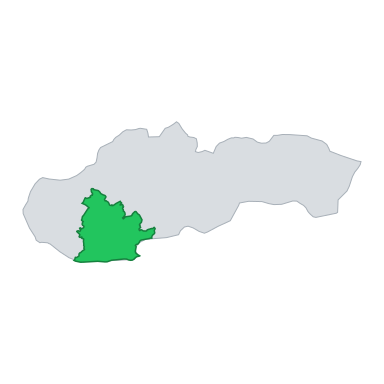 where Nitriansky sits in Slovakia
{"feature_id": "SVK-1054", "entity_name": "Nitriansky", "entity_type": "Region", "adm_level": 1, "iso_a3": "SVK", "parent_name": "Slovakia", "parent_adm1": "", "projection": "natural_earth1", "projection_center": [18.337, 48.233], "detail": "fine", "context": "in_parent", "style": "filled", "palette": "green", "viewbox_px": 384, "rotation_deg": 0, "n_neighbors": 0, "source": "natural_earth", "source_scale": "10m", "svg_char_len": 6701}
<svg xmlns="http://www.w3.org/2000/svg" viewBox="0 0 384 384"><path d="M361.0,161.6L360.2,164.7L357.8,168.4L354.8,172.1L352.4,176.7L349.2,186.4L347.0,191.0L338.1,199.9L337.6,212.3L336.4,213.2L315.9,217.4L313.2,216.8L310.4,214.3L308.8,212.6L307.8,211.3L306.0,207.9L303.6,205.4L300.1,203.4L296.8,201.1L292.7,201.0L281.7,204.3L274.0,204.6L268.8,203.6L262.0,201.6L248.6,201.3L239.5,203.0L238.6,205.5L230.3,220.7L218.1,226.3L207.5,232.0L204.4,233.2L199.1,231.4L193.1,227.9L188.1,226.2L184.4,227.0L180.4,230.8L178.6,234.7L166.6,237.6L145.6,239.3L138.3,243.2L135.8,247.8L135.7,251.4L137.5,254.4L135.2,257.9L134.2,259.4L119.4,260.2L99.6,261.2L87.7,261.0L76.6,260.7L69.0,257.7L59.8,251.7L50.0,243.9L49.1,243.7L47.6,242.8L41.5,242.3L39.9,242.7L36.2,240.2L35.1,236.8L29.5,228.1L23.2,213.7L23.0,209.5L25.6,204.8L27.9,201.2L28.3,198.3L28.5,197.6L30.5,191.6L35.2,183.7L39.5,179.2L42.7,177.6L49.1,179.0L60.2,180.2L68.7,179.1L76.6,175.6L80.9,172.5L84.6,169.3L85.8,167.2L87.5,166.2L94.0,164.3L96.1,162.1L97.0,158.0L97.6,153.4L98.9,150.0L100.6,147.5L112.7,141.6L113.8,139.5L115.7,137.4L119.3,135.1L122.8,131.8L126.4,129.8L131.2,130.0L135.5,129.6L138.9,128.5L140.4,128.3L146.7,129.3L147.9,133.1L148.5,137.0L159.3,136.7L165.2,128.3L168.3,127.3L173.3,124.3L176.5,121.8L178.8,123.4L182.1,128.8L185.6,133.2L187.6,134.9L187.8,136.2L189.8,137.0L193.8,137.5L196.4,138.8L197.2,142.9L197.3,146.6L196.0,149.2L195.4,151.6L198.1,152.5L202.1,151.6L204.9,150.3L213.3,153.3L216.2,146.5L219.5,143.1L223.9,141.5L227.8,139.3L231.3,137.9L233.8,137.9L234.9,137.3L238.0,137.5L241.5,138.2L246.4,137.4L253.1,139.0L257.3,142.1L261.4,143.2L266.1,143.0L269.3,141.3L273.8,135.4L277.2,135.4L282.5,134.5L289.9,134.6L307.1,135.8L311.4,138.1L322.1,141.0L326.7,144.4L328.8,148.4L329.9,151.2L340.9,155.5L357.0,160.9L361.0,161.6Z" fill="#d9dde1" stroke="#a8b0b8" stroke-width="1"/><path d="M151.8,238.2L150.5,238.1L149.6,238.5L146.7,239.0L141.1,240.1L140.0,240.9L138.4,243.7L137.8,244.1L136.7,244.3L136.1,244.6L135.4,245.4L135.4,245.7L135.9,246.0L136.1,246.8L135.5,250.0L135.3,251.6L135.7,253.0L137.5,254.5L139.8,255.9L139.7,256.0L138.2,256.4L136.8,256.7L135.8,257.4L133.8,259.3L132.4,260.1L130.6,260.3L128.8,260.0L126.7,259.1L124.0,259.0L111.7,260.2L107.2,261.8L105.0,261.9L97.6,261.3L83.9,262.1L80.4,262.2L75.4,261.1L74.0,260.4L74.5,260.0L74.8,259.4L75.2,257.7L75.3,257.4L75.6,257.3L75.8,257.4L76.0,257.4L76.2,257.5L76.4,257.5L76.7,257.4L77.2,257.2L78.3,256.4L78.8,256.1L79.0,255.8L79.0,254.1L79.2,253.6L79.5,253.2L79.8,252.9L80.0,252.8L80.5,252.7L80.9,252.4L81.6,251.6L83.0,250.5L84.0,249.9L84.4,249.6L84.5,249.3L84.3,249.0L83.9,248.4L84.0,247.5L84.2,247.2L84.3,246.7L84.2,246.4L84.1,246.2L83.7,245.8L83.8,243.9L83.4,241.2L83.7,239.6L83.7,239.1L83.5,238.8L83.4,238.7L83.2,238.7L82.9,238.7L82.7,238.6L82.3,238.6L82.1,238.5L81.8,238.3L81.7,238.2L82.0,237.4L81.9,237.1L81.7,237.0L81.3,237.1L80.3,237.4L80.0,237.4L79.7,237.3L79.3,237.0L79.2,236.8L79.1,236.6L79.2,236.3L79.7,235.3L79.8,234.6L79.4,234.1L76.8,231.6L76.8,231.4L77.0,231.1L78.0,230.8L78.3,230.8L78.5,230.8L79.0,231.0L79.4,231.2L79.5,231.2L79.9,231.2L80.1,231.1L80.3,230.8L80.5,230.5L80.5,230.0L80.3,229.6L79.8,228.8L79.6,228.4L79.6,228.2L80.0,228.0L80.3,227.9L80.6,227.9L81.4,228.8L81.5,228.9L82.3,228.4L83.3,227.9L83.6,227.7L83.7,227.4L83.9,226.9L83.9,226.5L83.8,226.2L83.6,225.9L83.0,225.4L82.9,225.3L82.7,225.3L82.6,225.1L82.4,224.9L82.2,224.3L82.1,224.0L82.2,223.8L82.4,223.7L82.5,223.4L82.5,223.2L82.4,223.0L82.4,222.8L82.5,222.6L82.7,222.2L83.2,221.6L81.6,220.4L81.5,220.0L81.6,219.9L81.8,219.6L82.1,218.3L82.1,218.0L82.2,217.7L82.5,216.4L83.5,215.5L87.7,209.0L89.0,207.8L86.4,205.5L85.1,204.6L84.9,204.5L84.7,204.5L82.1,203.3L83.1,202.4L83.2,202.2L85.0,198.2L85.3,197.8L85.5,197.8L86.4,198.3L86.8,198.4L87.3,198.3L90.1,197.4L90.4,197.2L90.5,197.0L90.5,196.9L90.4,196.7L90.2,196.3L91.4,195.2L91.5,195.1L91.8,195.0L92.2,195.2L92.3,195.2L92.5,194.5L92.6,194.1L92.5,193.7L92.4,193.2L92.2,193.0L92.2,192.9L91.9,192.7L91.7,192.2L91.6,191.9L91.5,191.7L91.4,191.7L91.3,191.3L91.3,190.8L91.3,190.5L91.2,190.2L91.1,189.7L91.1,189.4L91.2,189.2L91.5,188.9L91.9,188.6L93.1,188.7L93.3,188.8L93.5,188.9L93.5,189.1L93.5,189.3L93.5,189.6L97.9,190.5L98.4,190.7L99.7,191.9L100.0,192.3L100.6,193.3L101.1,193.8L103.7,195.1L104.7,195.3L105.4,195.9L105.9,196.6L105.9,197.0L105.6,197.7L105.1,198.4L104.6,199.2L104.5,199.7L104.7,200.0L104.8,200.1L105.0,200.3L105.0,200.7L105.2,200.8L105.4,200.9L106.2,200.8L106.4,200.9L106.6,201.1L106.9,201.4L108.1,202.1L108.3,202.3L108.9,203.4L109.6,205.1L111.1,205.5L111.5,205.5L111.6,205.2L111.8,204.9L112.0,204.9L112.4,205.4L112.8,205.7L113.0,205.6L113.2,205.4L114.1,204.9L116.0,203.5L120.2,201.3L121.0,202.5L121.4,202.7L121.6,203.0L121.4,203.1L120.6,204.0L120.2,204.6L120.1,204.9L120.2,205.0L121.7,204.7L122.2,204.7L122.7,204.9L122.9,205.1L123.1,205.5L123.0,205.8L123.0,206.2L122.9,206.7L122.9,206.9L123.0,207.0L123.4,207.0L123.3,207.3L122.8,207.8L122.7,208.1L122.6,208.6L122.8,209.0L123.3,209.7L123.4,210.2L123.4,210.6L123.4,211.0L123.4,211.3L123.6,211.4L124.0,211.5L124.3,211.8L124.8,212.6L125.0,213.5L125.1,214.1L125.1,214.7L124.9,215.1L124.8,215.5L124.5,215.8L124.3,216.0L123.9,216.3L123.8,216.6L123.7,216.8L123.6,217.0L123.4,217.2L122.9,217.6L122.6,217.9L123.3,218.8L123.5,218.8L123.7,218.5L123.9,218.3L124.3,218.0L124.4,217.9L124.8,217.4L125.3,216.9L126.1,216.7L129.8,216.2L131.7,215.7L131.9,215.5L131.9,215.3L131.9,215.0L132.0,214.8L132.2,214.6L132.4,214.4L132.4,214.2L132.5,214.0L132.5,213.9L132.9,213.6L133.1,213.2L133.3,213.0L134.1,212.3L134.7,211.7L135.0,211.6L135.3,211.5L136.0,211.6L137.7,213.8L139.3,214.9L139.6,215.3L142.0,219.8L141.5,222.0L141.4,222.3L141.2,222.6L140.5,223.2L139.8,224.0L139.6,224.4L139.5,224.7L140.1,225.2L140.1,225.3L139.8,225.6L139.7,225.7L139.8,226.0L140.3,226.8L140.6,227.3L140.6,227.5L140.2,227.8L140.0,228.0L139.6,228.3L139.2,228.7L139.1,229.1L139.1,229.5L139.2,229.9L139.3,230.2L139.5,230.4L139.7,230.5L139.8,230.6L140.0,230.5L140.1,230.4L140.3,230.3L140.4,230.0L140.5,229.9L141.0,229.8L141.3,229.8L141.6,229.9L141.9,230.0L143.0,230.8L143.3,230.9L143.6,231.0L144.1,230.9L144.7,231.0L145.0,231.1L145.3,231.1L145.9,230.9L146.2,230.9L146.5,230.9L146.8,230.6L146.8,230.4L147.0,230.1L147.2,229.9L147.4,229.8L147.8,229.6L148.1,229.6L148.3,229.4L148.8,229.3L149.2,229.2L149.5,229.2L150.3,228.8L151.3,228.6L151.5,228.5L152.1,228.5L152.3,228.5L152.6,228.5L152.9,228.4L153.2,228.2L154.1,227.4L154.9,228.2L155.0,228.3L155.1,228.5L155.1,228.9L155.0,229.0L154.7,229.5L154.5,230.0L154.3,230.6L154.3,231.0L154.7,232.4L154.7,232.9L154.5,233.4L154.0,233.9L153.7,234.3L153.4,234.5L153.1,234.6L152.9,234.8L152.7,235.0L152.5,235.4L151.9,236.3L151.8,236.5L151.8,237.4L151.8,238.2L151.8,238.2Z" fill="#22c55e" stroke="#15803d" stroke-width="1.5"/></svg>